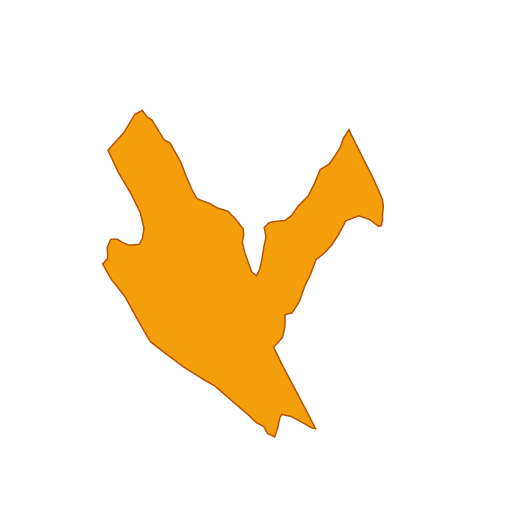 Mora, Dalarna, Sweden (Equal Earth projection), rotated 63°
{"feature_id": "70781695B88380498553182", "entity_name": "Mora", "entity_type": "district", "adm_level": 2, "iso_a3": "SWE", "parent_name": "Sweden", "parent_adm1": "Dalarna", "projection": "equal_earth", "projection_center": [14.299, 61.154], "detail": "fine", "context": "isolated", "style": "filled", "palette": "amber", "viewbox_px": 512, "rotation_deg": 63, "n_neighbors": 0, "source": "geoboundaries", "source_scale": "gbopen_adm2", "svg_char_len": 1543}
<svg xmlns="http://www.w3.org/2000/svg" viewBox="0 0 512 512"><g transform="rotate(63 256 256)"><path d="M185.6,115.7L190.8,124.7L197.6,131.8L202.1,139.4L207.3,149.0L208.1,159.5L218.6,171.8L226.2,182.3L230.7,195.9L236.0,205.6L237.5,214.1L234.4,221.8L232.2,229.0L234.4,235.8L243.5,238.4L252.6,245.7L262.4,252.9L269.3,258.5L273.8,264.5L268.5,267.1L248.0,264.5L237.4,261.9L231.4,257.2L226.1,255.1L214.7,257.2L203.4,260.6L195.8,268.4L188.2,273.5L178.3,282.5L169.2,283.0L154.0,282.1L138.1,280.4L116.1,281.3L110.8,285.1L100.2,286.0L88.1,286.8L82.7,289.9L74.6,291.2L74.7,292.0L74.7,299.5L85.9,317.4L94.5,339.9L119.2,340.7L144.5,339.1L165.2,339.5L180.6,343.3L188.6,349.1L192.6,354.8L188.6,364.4L182.5,369.4L177.8,372.1L175.2,377.9L181.1,384.8L190.5,389.0L193.2,395.2L193.2,396.3L210.7,395.6L232.8,391.2L262.5,390.3L284.2,389.0L284.5,389.0L300.5,381.5L322.5,370.6L343.0,358.4L352.9,351.8L352.8,351.7L353.0,351.8L397.4,333.7L398.7,333.6L405.2,331.0L411.3,326.6L419.6,326.2L421.4,324.8L425.7,321.4L418.8,314.5L411.2,308.4L408.9,305.0L414.9,297.6L424.0,291.2L434.5,284.3L437.4,281.0L436.8,281.3L421.6,281.3L362.5,282.1L345.1,281.7L345.0,281.4L343.5,277.0L340.5,269.2L332.1,262.4L331.8,262.2L321.5,256.8L323.0,249.5L316.2,238.0L304.8,226.0L297.2,215.8L286.6,204.3L284.3,193.3L280.6,183.6L273.8,171.8L265.4,160.0L266.9,146.1L275.2,138.1L285.0,133.5L286.0,130.4L285.4,130.4L281.7,127.2L275.8,124.0L270.0,120.2L263.6,117.8L251.5,116.9L238.7,116.3L223.9,116.3L199.6,116.1L191.1,116.1L185.6,115.7Z" fill="#f59e0b" stroke="#b45309" stroke-width="1.5"/></g></svg>